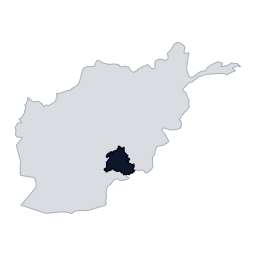 Afghanistan, with Zabul highlighted
{"feature_id": "AFG-1755", "entity_name": "Zabul", "entity_type": "Province", "adm_level": 1, "iso_a3": "AFG", "parent_name": "Afghanistan", "parent_adm1": "", "projection": "mercator", "projection_center": [67.11, 32.305], "detail": "fine", "context": "in_parent", "style": "filled", "palette": "ink", "viewbox_px": 256, "rotation_deg": 0, "n_neighbors": 0, "source": "natural_earth", "source_scale": "10m", "svg_char_len": 7257}
<svg xmlns="http://www.w3.org/2000/svg" viewBox="0 0 256 256"><path d="M109.0,64.4L114.5,63.9L118.3,64.6L120.3,66.6L122.2,67.1L124.1,66.2L125.3,66.0L125.8,66.6L126.7,66.8L128.2,66.8L129.0,67.3L129.2,68.5L130.3,70.0L132.2,71.8L133.9,72.2L136.2,70.8L137.0,71.0L137.3,70.5L137.6,69.5L138.9,68.5L141.4,67.6L142.8,66.8L143.3,66.1L144.2,66.0L145.1,66.2L145.8,65.9L146.2,65.0L147.1,64.7L147.9,64.8L151.3,68.1L152.7,69.1L153.3,68.9L155.0,67.1L155.2,65.5L154.8,63.4L155.1,61.6L156.2,60.3L158.3,59.5L161.3,59.2L163.2,59.4L163.9,60.1L164.8,60.5L166.0,60.5L167.1,59.8L168.1,58.1L168.1,56.1L167.3,53.8L167.5,53.0L169.0,51.8L170.7,50.0L172.3,47.7L173.8,44.8L175.7,43.1L177.9,42.4L180.6,43.2L183.8,45.4L185.0,48.1L184.2,51.3L184.1,53.1L184.8,53.4L188.4,52.8L188.9,53.3L188.9,54.2L188.3,55.5L187.7,59.4L186.6,68.7L188.1,74.2L189.1,76.4L190.2,77.1L191.3,77.4L192.3,77.2L194.5,75.8L197.8,73.2L201.0,71.5L205.7,70.6L207.3,67.8L209.4,66.0L214.4,63.2L217.1,62.1L218.6,61.9L222.3,63.0L222.5,63.8L222.3,64.7L221.2,65.5L220.9,66.1L221.3,66.5L222.8,66.7L229.3,64.7L230.8,63.1L232.2,63.0L234.9,63.7L237.0,63.5L238.1,64.2L240.6,66.7L239.8,66.8L238.7,66.3L238.1,65.5L235.4,66.6L232.5,68.1L232.6,68.5L235.2,70.8L229.7,73.2L227.3,74.6L226.7,74.7L223.1,73.4L212.9,73.8L205.2,74.5L202.2,75.8L199.3,76.4L197.9,77.1L196.9,78.4L192.6,81.2L191.9,82.3L189.5,82.2L187.0,85.0L183.4,88.3L182.7,89.9L183.2,90.7L185.1,91.9L186.0,93.0L187.3,96.2L187.9,98.4L188.7,99.4L189.2,102.1L188.3,103.6L188.3,104.4L189.5,106.4L189.2,107.0L188.3,107.9L186.9,110.5L184.4,112.4L183.3,114.1L181.6,115.9L180.8,117.5L180.0,118.4L179.2,118.8L179.5,119.7L180.1,120.7L181.3,121.9L181.2,126.6L180.6,127.9L177.4,129.2L174.4,129.8L170.6,129.8L169.2,129.6L164.1,127.9L162.4,128.7L162.1,130.8L165.0,134.1L166.2,136.0L167.6,139.1L168.6,140.7L168.2,142.2L162.9,145.5L159.5,145.8L157.4,146.4L156.4,147.2L155.6,150.7L154.8,152.0L154.8,153.5L154.1,155.2L153.0,156.3L152.3,158.1L152.9,167.3L149.8,171.0L148.1,172.3L146.5,172.9L145.1,172.7L143.4,170.6L142.2,169.8L141.0,169.9L139.8,170.7L137.9,170.4L136.2,169.7L135.4,169.8L134.9,170.5L133.1,172.1L128.8,174.5L127.0,174.6L126.3,175.2L126.6,176.2L127.4,177.0L128.7,177.6L128.8,178.2L126.6,179.4L124.3,180.2L121.7,180.5L119.0,180.1L117.7,179.0L116.0,178.9L114.6,179.7L113.0,180.9L110.9,184.1L107.8,186.1L107.0,188.1L106.1,191.6L106.4,196.8L106.0,199.1L105.3,200.7L105.5,201.9L106.5,203.2L106.1,204.1L105.2,205.1L104.4,205.6L87.4,210.6L84.7,210.7L83.3,210.5L78.5,210.5L76.5,210.8L74.5,211.5L73.0,212.4L71.9,213.6L69.9,212.9L63.6,211.7L46.5,213.3L44.9,213.0L21.0,205.2L35.7,187.6L36.1,186.1L36.1,183.2L35.2,179.3L33.7,177.5L20.6,175.4L20.1,172.4L20.3,171.0L20.1,168.4L20.1,166.4L20.7,163.0L20.7,161.5L16.6,146.5L16.5,145.0L19.0,141.6L22.1,138.2L21.9,137.5L20.4,137.2L18.0,137.1L16.7,136.6L15.8,135.6L15.4,134.3L16.0,131.8L15.4,127.1L17.8,123.0L21.7,122.8L19.7,119.9L19.3,119.5L19.1,119.0L19.3,118.5L20.3,118.4L22.6,116.5L22.7,115.4L24.7,112.6L24.5,111.4L25.7,108.1L25.1,105.9L25.0,104.7L26.4,103.9L27.2,100.8L27.8,100.0L27.8,99.3L27.5,98.0L28.8,97.8L30.0,99.4L31.9,101.1L33.1,101.6L34.7,101.8L38.1,101.3L38.8,101.4L42.4,104.3L43.0,105.1L43.3,106.3L43.9,106.6L45.1,105.5L46.3,105.1L48.6,105.4L49.8,105.0L55.6,101.3L56.0,99.0L56.5,97.7L57.3,96.9L56.4,94.2L56.7,93.6L57.5,93.4L59.4,93.4L68.2,90.4L70.5,90.4L71.0,90.2L71.1,89.4L71.8,88.5L75.9,86.3L78.3,84.1L79.2,82.4L83.1,68.6L85.2,67.4L87.4,66.5L94.6,66.3L96.0,62.0L96.6,61.0L97.9,60.0L103.3,63.1L109.0,64.4Z" fill="#d9dde1" stroke="#a8b0b8" stroke-width="1"/><path d="M134.4,170.6L133.8,171.2L133.7,171.4L133.7,171.8L132.8,172.3L132.5,172.6L132.3,172.8L132.2,172.9L131.5,172.9L131.1,172.9L130.8,172.9L130.4,173.1L129.4,174.2L128.9,174.5L128.1,174.1L127.4,174.0L127.1,174.1L126.2,174.4L125.7,174.5L124.7,174.4L124.1,174.5L123.9,174.5L123.7,174.5L123.6,174.4L123.7,174.2L123.8,173.9L123.8,173.6L123.4,173.0L122.7,172.6L122.4,172.5L122.3,172.8L122.2,172.9L121.8,172.8L121.7,172.7L121.4,172.1L121.2,171.9L120.9,171.9L120.6,171.3L120.2,170.6L119.5,170.8L119.2,171.0L118.1,171.3L117.7,171.4L117.0,171.2L116.6,171.1L116.4,171.1L116.2,171.0L116.0,170.8L115.6,170.6L115.4,170.4L115.2,170.3L115.1,170.1L114.3,169.9L113.6,169.5L113.4,169.3L112.7,168.7L112.5,168.4L112.4,168.4L112.2,168.6L110.2,170.3L109.3,170.5L109.1,170.5L108.9,170.5L108.9,170.4L108.7,170.4L108.4,170.5L108.1,170.6L107.8,170.8L107.6,171.0L107.2,171.3L106.6,171.8L105.2,170.4L104.7,170.1L104.5,169.8L104.4,169.6L104.4,169.2L105.0,168.7L105.6,168.3L106.1,168.2L106.3,168.1L106.4,167.9L106.7,167.4L106.9,167.0L107.0,166.8L107.0,166.4L106.9,166.0L106.7,165.9L106.5,165.7L106.7,165.0L106.9,164.6L106.9,164.4L106.9,164.0L106.8,163.6L106.8,163.4L106.8,163.2L106.7,163.1L106.7,162.9L106.6,162.7L106.7,162.4L106.8,162.2L107.2,161.7L107.6,161.4L107.9,161.1L108.0,160.7L108.3,160.0L108.5,159.8L108.6,159.7L109.2,159.4L109.3,159.3L109.6,158.9L109.8,158.6L110.0,157.7L110.0,157.1L110.0,156.9L110.0,156.7L109.9,156.6L109.7,156.5L109.6,156.4L109.3,156.2L109.2,156.1L109.1,155.9L108.9,155.9L108.7,155.9L108.4,155.9L108.3,156.1L108.2,156.2L108.1,156.6L107.7,157.1L107.5,157.3L107.3,157.3L107.2,157.3L106.7,157.1L106.6,156.8L106.5,156.7L106.5,156.4L106.7,156.1L106.7,155.9L106.7,155.7L106.8,155.3L107.6,154.4L107.8,154.1L108.0,153.8L108.1,153.7L108.9,153.3L109.6,153.2L109.9,153.0L110.4,152.1L111.1,152.0L111.3,152.0L111.3,152.4L111.0,153.5L111.0,153.8L111.4,153.8L111.8,153.6L112.0,153.5L112.1,153.3L112.1,153.2L112.1,152.9L112.4,152.4L112.6,152.2L112.9,152.0L113.9,151.3L114.0,151.2L114.4,151.1L114.9,151.0L115.3,151.0L115.5,151.0L115.7,150.7L115.9,150.7L116.1,150.8L116.3,150.9L116.5,151.0L116.7,150.9L116.8,150.9L117.0,150.8L117.1,150.7L117.3,150.4L117.3,150.2L117.4,149.0L117.9,149.0L118.0,148.9L118.1,148.7L118.3,148.3L118.6,147.9L118.7,147.7L118.8,147.6L118.7,147.5L118.5,147.1L118.4,147.0L118.4,146.8L118.4,146.7L118.5,146.5L118.7,146.4L119.2,146.4L119.6,146.5L119.8,146.6L119.9,146.8L119.9,147.1L120.0,147.3L120.0,147.5L120.3,147.8L120.9,147.8L121.1,147.8L121.3,148.0L121.3,148.3L121.5,148.4L121.8,148.6L122.0,148.6L122.5,148.6L122.8,148.4L123.0,148.2L123.2,147.9L123.5,147.6L123.6,147.4L123.8,147.4L123.9,147.5L123.8,147.8L123.8,148.0L124.0,148.1L124.0,148.3L124.1,148.5L124.0,148.8L123.9,148.9L123.8,149.0L123.2,149.3L123.1,149.5L123.3,149.8L123.9,150.0L124.0,150.1L124.1,150.3L124.1,150.5L123.8,150.5L123.7,150.6L123.6,150.8L123.5,151.1L123.6,151.4L124.0,152.0L124.4,152.3L124.5,152.6L126.9,155.0L127.1,155.1L127.6,155.4L127.6,155.5L126.5,156.6L127.5,157.4L127.8,157.7L127.9,158.3L128.0,158.4L128.6,158.5L129.2,158.9L129.4,159.0L129.4,159.4L129.4,159.5L129.1,159.8L128.9,160.0L128.6,160.2L128.1,160.4L128.1,160.5L127.9,160.5L127.8,160.4L127.6,160.4L127.4,160.4L127.3,160.5L127.2,160.6L127.1,160.8L127.0,161.2L127.1,161.4L127.1,161.5L127.3,161.5L127.8,161.4L128.0,161.4L128.2,161.5L128.3,161.6L128.5,161.9L128.5,162.0L128.4,162.9L128.4,163.1L128.5,163.2L128.6,163.3L128.9,163.5L129.0,163.5L129.9,163.7L130.2,163.8L130.5,163.8L130.8,164.1L131.2,164.4L131.4,164.6L131.6,164.7L131.8,164.8L133.0,164.8L133.1,164.7L133.7,164.3L133.9,165.2L134.1,165.9L134.1,166.0L134.0,166.3L133.8,166.8L133.6,167.4L133.1,168.1L133.0,168.3L133.0,168.5L133.0,168.8L133.1,169.1L133.1,169.3L133.2,169.5L133.3,169.8L133.7,170.2L134.3,170.5L134.4,170.6Z" fill="#0f172a" stroke="#020617" stroke-width="1.5"/></svg>